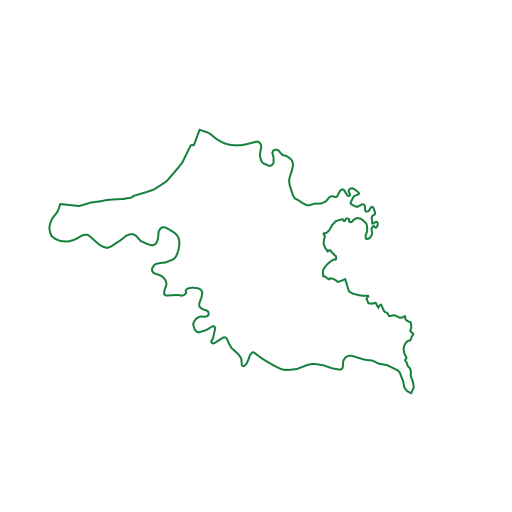 outline of Hau Loc, Thanh Hóa, Vietnam, rotated 206°
{"feature_id": "81297802B47590181438391", "entity_name": "Hau Loc", "entity_type": "district", "adm_level": 2, "iso_a3": "VNM", "parent_name": "Vietnam", "parent_adm1": "Thanh Hóa", "projection": "robinson", "projection_center": [105.868, 19.933], "detail": "fine", "context": "isolated", "style": "outline", "palette": "green", "viewbox_px": 512, "rotation_deg": 206, "n_neighbors": 0, "source": "geoboundaries", "source_scale": "gbopen_adm2", "svg_char_len": 6117}
<svg xmlns="http://www.w3.org/2000/svg" viewBox="0 0 512 512"><g transform="rotate(206 256 256)"><path d="M56.4,200.7L56.5,206.2L56.9,207.4L57.9,209.1L60.5,212.5L63.4,215.0L64.9,217.1L65.7,219.4L68.1,222.4L71.5,223.7L73.8,226.3L76.1,227.4L76.4,228.2L75.9,229.9L76.2,230.5L79.9,233.4L82.3,236.6L83.4,240.1L83.4,243.0L82.6,245.6L81.9,246.6L80.3,247.8L80.6,251.9L80.4,254.9L84.5,256.2L84.9,259.1L85.4,260.5L87.9,264.2L91.4,263.9L93.4,264.4L94.0,264.8L95.3,266.9L95.9,267.2L97.3,265.1L98.4,264.2L99.8,263.6L105.0,263.5L106.5,263.0L109.3,260.7L110.1,260.3L112.9,262.3L116.2,262.3L116.6,262.5L122.2,267.1L123.4,265.6L123.4,263.3L125.9,264.7L127.6,266.2L128.0,266.3L130.8,264.0L134.1,262.8L137.6,265.7L137.9,266.3L137.4,269.1L137.8,269.4L142.2,267.2L145.5,266.1L152.3,264.6L156.3,264.8L157.6,265.6L165.7,274.3L168.6,270.9L170.8,268.8L171.4,268.5L172.5,269.0L176.7,269.3L179.8,268.3L180.0,267.2L180.4,266.9L185.1,267.8L186.4,267.1L186.8,267.4L188.1,269.5L189.4,272.3L189.5,273.8L189.0,277.2L188.3,280.0L186.2,284.5L184.5,287.0L182.9,287.6L182.8,288.7L182.9,289.2L184.3,291.0L186.1,291.1L187.1,292.0L188.8,292.1L191.4,293.6L192.5,293.5L193.4,291.7L193.8,291.4L194.1,291.5L194.4,292.2L197.3,293.5L199.6,295.6L200.9,297.4L202.0,300.2L202.6,303.9L204.4,304.8L205.0,305.6L204.6,306.6L203.6,306.8L203.0,307.5L201.7,310.3L201.2,313.4L201.1,317.7L200.1,319.8L200.0,321.3L199.6,322.3L194.7,326.8L194.1,327.0L192.3,326.0L191.7,326.2L191.4,326.8L191.5,328.7L191.1,329.3L190.1,329.9L188.9,330.0L188.2,329.8L187.6,328.0L187.2,327.7L185.6,327.9L184.7,329.0L184.4,330.8L183.3,332.6L182.4,333.9L181.6,334.5L180.1,335.0L178.4,335.4L176.1,335.1L171.8,333.8L170.9,333.3L169.3,331.5L167.2,327.6L166.9,326.7L166.6,322.8L166.0,321.4L164.8,319.8L163.8,319.8L163.0,320.2L161.6,322.3L161.2,324.7L161.3,326.4L161.6,327.6L164.1,331.0L164.1,333.2L163.9,333.8L163.1,334.6L161.5,333.8L160.8,333.9L160.5,334.3L160.1,335.9L160.2,337.1L160.8,338.5L161.2,339.0L161.6,339.4L162.6,339.6L163.5,338.9L164.9,336.4L165.8,336.1L166.8,338.2L168.7,341.0L169.0,342.1L168.9,343.2L167.7,345.0L167.5,346.3L168.2,347.5L171.6,350.8L172.4,351.1L172.9,351.1L174.0,350.3L174.3,346.2L175.0,345.2L176.1,344.4L176.7,344.3L177.7,344.6L178.6,345.7L179.6,348.1L180.8,349.2L181.8,349.5L183.4,348.9L186.3,344.7L187.6,344.3L189.2,344.1L192.7,344.2L193.7,344.6L194.4,345.3L194.3,352.0L193.8,353.2L190.8,356.5L190.9,357.5L191.7,358.0L195.9,359.0L199.0,359.2L200.2,358.4L201.1,357.1L201.5,355.4L201.1,354.6L198.8,353.0L198.3,352.3L198.5,351.1L199.0,350.6L200.1,350.3L206.0,353.9L207.5,353.8L208.4,352.8L208.9,351.8L209.1,350.3L209.2,345.4L209.5,344.6L210.2,343.9L213.0,343.3L214.4,342.7L215.0,342.1L216.0,340.4L217.2,335.5L220.3,331.9L222.0,330.8L226.1,328.9L230.6,324.7L232.9,323.9L237.4,324.0L242.2,324.7L246.0,324.8L246.8,325.1L249.5,326.8L256.4,334.0L257.9,336.0L259.3,338.3L259.8,339.6L260.5,343.2L261.2,348.5L262.5,353.7L263.8,355.8L265.5,357.6L268.2,358.6L271.4,359.1L273.5,359.1L276.2,358.4L278.8,359.2L281.4,360.5L282.9,360.7L284.6,360.4L286.1,359.3L286.5,358.7L286.7,356.6L286.4,355.6L284.0,353.0L282.8,351.1L281.2,347.8L281.2,346.2L281.6,344.6L282.4,343.6L283.2,343.0L285.4,342.7L289.9,342.5L291.1,342.8L292.6,343.5L294.2,345.1L296.4,347.8L297.3,350.0L299.0,355.9L299.9,357.7L302.0,359.3L303.8,359.6L304.7,359.5L305.7,359.0L313.8,352.1L317.6,349.3L320.9,347.5L325.0,345.6L327.9,344.6L332.6,343.6L335.1,343.4L341.0,343.6L343.9,344.0L350.3,345.6L353.3,345.8L362.0,344.7L360.5,328.7L360.8,328.0L362.0,328.0L362.6,327.4L363.0,326.8L363.2,325.6L363.2,307.6L364.8,300.4L368.9,284.7L369.8,282.8L376.9,271.0L382.8,265.1L391.7,257.0L392.5,256.2L393.0,254.7L394.3,253.3L398.8,250.3L399.3,249.6L409.7,243.9L415.4,240.4L417.9,238.3L428.2,231.4L436.6,223.5L454.7,216.9L454.0,211.7L453.9,208.0L455.6,200.3L455.4,196.1L455.0,193.9L454.2,191.2L453.4,189.5L451.5,187.1L448.7,184.4L444.1,183.4L439.5,183.6L437.0,184.2L433.0,185.8L430.4,187.3L427.0,190.4L425.0,192.7L421.4,198.1L419.8,199.7L417.2,201.1L416.2,201.2L414.5,201.0L401.4,197.4L397.7,197.2L394.3,197.8L393.0,198.2L390.4,201.1L384.7,210.7L381.6,217.2L378.6,220.5L376.1,221.7L372.4,221.5L366.2,218.9L357.7,219.2L354.1,220.0L352.4,221.4L351.8,222.4L351.3,224.7L351.3,226.3L352.0,229.5L354.1,234.9L354.2,237.1L354.0,238.1L353.6,239.5L352.9,240.6L351.5,241.5L349.0,242.0L339.6,241.2L335.9,239.9L334.4,238.9L332.5,237.1L331.1,235.2L330.1,233.2L328.5,228.1L327.8,223.9L327.7,220.4L328.0,218.6L329.6,215.8L334.8,210.3L339.3,207.5L342.6,204.9L343.5,203.3L343.9,200.2L343.9,199.0L342.3,196.6L340.8,196.0L339.3,195.9L334.7,196.5L331.7,196.5L329.1,195.8L327.1,194.7L325.7,193.6L324.3,191.9L323.7,189.5L323.3,185.1L321.8,181.3L319.5,181.0L310.3,186.1L307.5,187.3L306.0,187.5L304.4,188.5L303.2,190.1L302.6,192.0L303.0,193.0L304.0,193.9L303.9,195.4L302.9,197.0L301.2,198.4L298.6,200.0L294.2,201.5L291.5,201.6L290.5,201.4L289.1,200.5L287.9,198.9L287.0,195.5L286.1,188.1L285.1,186.4L284.2,185.5L281.5,184.8L280.4,184.8L277.3,185.3L275.5,185.3L274.3,184.7L273.6,183.9L273.1,182.9L273.0,181.6L273.3,180.8L273.9,180.1L275.1,179.2L279.6,177.2L282.1,174.0L282.9,170.5L282.7,167.6L281.8,166.1L279.0,163.3L277.1,162.3L275.7,161.9L273.9,162.3L269.2,166.7L267.6,168.6L264.1,173.9L262.6,174.4L261.9,174.1L261.2,173.2L260.8,172.2L258.8,164.4L258.6,163.0L258.8,159.7L258.4,159.0L257.7,158.6L256.3,158.6L255.3,159.2L249.7,168.4L248.5,169.2L247.0,169.3L245.4,168.5L241.6,165.2L237.7,162.6L228.6,159.9L225.5,158.2L224.1,156.9L223.3,155.8L221.0,151.9L220.5,151.5L219.5,151.3L218.9,151.5L218.4,152.0L217.5,154.0L217.3,155.2L217.4,159.6L217.9,163.5L217.8,165.2L217.1,167.6L216.5,168.2L214.8,168.3L207.7,166.8L201.9,166.1L192.7,165.4L185.0,165.3L182.1,165.7L180.0,166.3L175.6,168.5L169.6,172.5L162.1,180.5L159.3,182.8L156.5,184.4L152.5,185.8L147.3,187.3L137.9,188.5L131.1,190.5L130.2,191.1L129.5,191.7L129.2,192.5L129.2,193.4L129.4,194.7L131.0,198.2L131.6,200.6L131.4,202.8L130.8,204.7L129.1,206.7L128.3,207.4L125.7,208.4L114.4,210.1L109.7,211.4L106.5,212.8L103.6,213.1L99.8,213.0L97.5,213.3L90.2,215.4L78.6,215.3L76.0,214.5L74.7,213.4L73.0,211.7L69.2,208.3L65.8,203.8L63.9,202.2L61.6,201.1L59.9,200.7L56.4,200.7Z" fill="none" stroke="#15803d" stroke-width="2"/></g></svg>